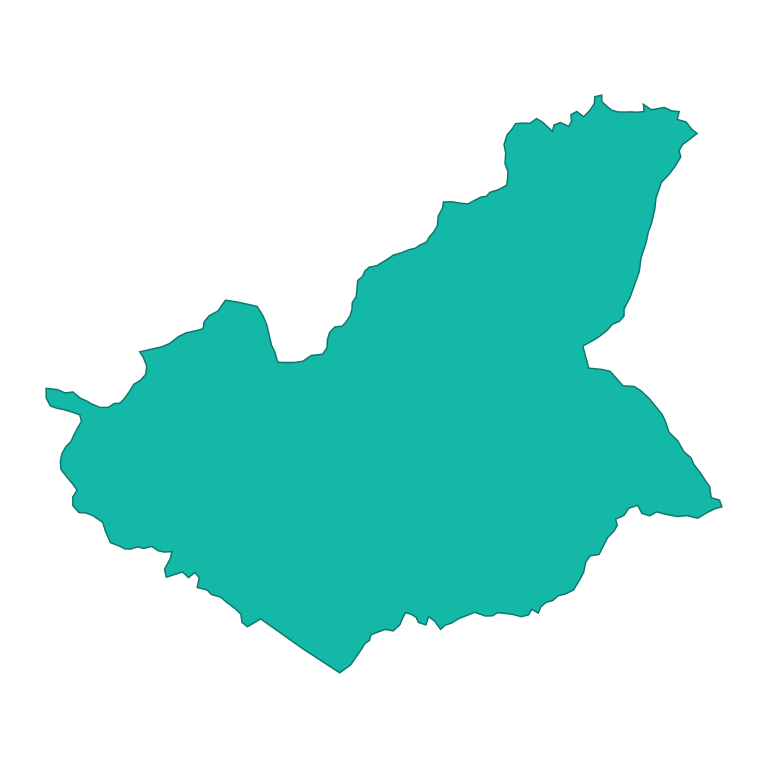 Brasilândia do Tocantins, Tocantins, Brazil
{"feature_id": "56859067B19084038387208", "entity_name": "Brasilândia do Tocantins", "entity_type": "district", "adm_level": 2, "iso_a3": "BRA", "parent_name": "Brazil", "parent_adm1": "Tocantins", "projection": "albers", "projection_center": [-48.445, -8.274], "detail": "fine", "context": "isolated", "style": "filled", "palette": "teal", "viewbox_px": 768, "rotation_deg": 0, "n_neighbors": 0, "source": "geoboundaries", "source_scale": "gbopen_adm2", "svg_char_len": 3447}
<svg xmlns="http://www.w3.org/2000/svg" viewBox="0 0 768 768"><path d="M72.8,497.1L72.8,505.5L78.8,512.5L85.7,512.9L93.2,515.8L102.6,522.3L105.3,530.7L110.4,542.6L119.7,546.2L125.2,549.0L131.0,549.0L137.4,546.8L143.5,548.4L151.9,546.5L158.1,550.7L163.8,552.0L171.9,551.7L170.2,558.8L164.5,569.3L166.3,577.2L182.5,572.0L188.6,577.6L194.9,572.4L199.3,577.8L197.2,587.5L207.2,590.0L211.4,594.5L220.4,597.0L227.3,602.8L235.0,608.5L240.9,614.3L242.0,622.4L247.5,626.7L260.7,618.9L303.7,649.4L339.7,672.8L350.8,664.7L361.4,649.4L364.9,643.5L369.5,640.4L370.9,634.8L377.5,632.2L385.4,629.4L393.2,630.9L399.8,624.9L402.5,618.3L405.5,612.7L411.1,614.2L416.1,617.3L418.4,622.4L425.9,624.9L428.7,616.6L434.7,621.2L440.6,629.4L445.1,625.2L451.4,623.1L459.0,618.5L474.8,612.3L485.5,616.0L492.4,615.8L497.7,612.7L511.9,614.2L521.4,616.7L528.7,614.8L531.7,609.2L538.3,613.1L540.6,607.0L546.1,602.4L552.7,600.5L558.1,595.8L565.6,593.9L573.4,590.0L579.5,580.2L583.6,572.4L585.8,562.1L590.1,555.9L599.0,554.5L607.7,537.5L613.7,531.4L617.3,525.5L615.6,519.2L624.0,515.3L628.8,508.2L637.7,505.3L641.9,513.4L649.8,515.8L656.5,511.9L666.3,514.4L677.4,516.5L687.0,515.6L697.6,518.3L707.2,512.5L714.8,508.8L721.9,506.8L719.5,500.1L711.2,497.7L709.6,486.5L706.0,481.6L700.9,473.6L693.7,464.2L691.0,457.8L683.9,451.8L677.8,440.9L669.0,432.3L665.5,421.4L661.9,414.1L649.2,398.6L640.8,390.7L633.9,386.4L623.1,385.9L610.1,371.3L601.7,369.4L588.8,368.2L582.8,346.1L594.0,339.9L599.1,336.6L606.6,330.9L612.2,324.5L619.5,321.2L624.0,316.0L624.1,309.0L630.1,297.2L639.3,271.6L641.0,257.9L646.2,242.4L648.3,231.9L651.4,223.7L654.8,209.2L655.9,198.4L661.4,182.3L668.9,174.5L674.8,166.8L680.8,156.9L679.1,150.7L682.4,144.7L688.1,140.5L697.1,133.4L691.7,129.3L686.0,121.9L677.3,119.5L679.1,111.6L671.8,110.9L664.1,107.4L657.5,108.8L651.2,109.7L643.4,104.3L644.2,111.6L637.4,112.2L631.0,111.9L625.1,112.1L617.7,111.9L611.5,110.1L606.7,106.1L601.8,101.6L601.8,95.2L594.8,96.7L594.3,103.7L589.6,110.7L583.7,116.7L576.8,111.5L570.9,114.6L571.5,121.3L568.7,126.4L560.4,122.5L554.0,125.0L552.5,131.4L547.7,127.0L542.4,122.1L536.6,118.6L529.7,123.4L521.9,123.1L515.5,123.7L512.5,128.5L507.1,134.9L504.0,144.6L505.7,153.1L505.0,163.6L508.0,171.6L507.7,177.8L506.7,185.3L498.1,189.8L490.0,192.3L486.3,196.3L480.6,197.2L474.9,200.2L468.0,203.9L461.2,203.3L452.1,201.8L443.4,202.0L442.5,208.2L438.2,216.1L437.4,225.7L434.0,231.5L429.5,236.7L426.5,242.1L420.2,244.9L415.4,248.2L409.0,249.7L400.7,253.0L393.2,255.2L388.1,258.8L382.3,262.3L376.6,265.8L369.4,267.1L365.0,270.8L362.5,276.5L357.7,280.5L357.0,288.9L356.2,296.5L352.3,302.6L352.0,309.0L350.2,315.6L346.2,321.8L342.0,326.3L334.9,326.9L329.5,332.7L327.4,339.9L327.0,347.8L322.6,354.2L317.1,354.8L311.1,355.5L303.0,361.2L293.9,362.5L284.6,362.5L277.7,362.2L275.0,352.5L271.4,344.9L266.8,324.8L262.7,315.3L257.2,306.5L247.4,304.2L237.1,302.0L225.5,300.2L218.0,311.0L209.2,315.7L204.1,321.8L203.1,328.7L197.5,330.3L185.8,333.0L178.5,336.6L169.5,343.6L161.4,346.9L139.8,351.8L143.4,357.6L146.7,365.9L145.7,374.4L140.4,380.4L133.8,384.3L129.6,391.3L124.1,398.9L120.0,403.2L114.2,403.5L108.3,407.4L99.8,407.4L91.6,403.9L86.3,400.8L80.0,398.1L73.0,392.0L64.9,392.9L57.7,389.6L46.1,388.4L46.3,398.1L50.3,405.9L56.5,408.2L63.8,409.6L72.1,412.1L79.7,414.8L81.5,421.4L77.6,427.8L74.2,434.5L71.0,441.5L65.9,446.6L61.9,453.7L60.4,461.5L61.0,469.5L66.7,476.8L72.2,483.4L77.0,490.0L72.8,497.1Z" fill="#14b8a6" stroke="#0f766e" stroke-width="1.5"/></svg>